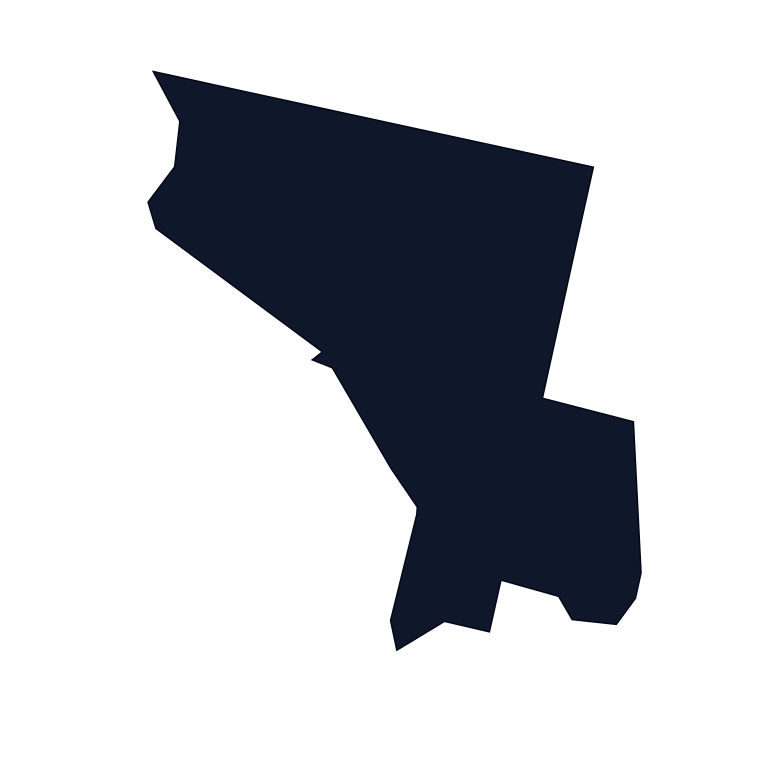 Dawson, Georgia, United States of America (Mercator projection), rotated 192°
{"feature_id": "52423323B59188916162072", "entity_name": "Dawson", "entity_type": "district", "adm_level": 2, "iso_a3": "USA", "parent_name": "United States of America", "parent_adm1": "Georgia", "projection": "mercator", "projection_center": [-84.168, 34.476], "detail": "fine", "context": "isolated", "style": "filled", "palette": "ink", "viewbox_px": 768, "rotation_deg": 192, "n_neighbors": 0, "source": "geoboundaries", "source_scale": "gbopen_adm2", "svg_char_len": 505}
<svg xmlns="http://www.w3.org/2000/svg" viewBox="0 0 768 768"><g transform="rotate(192 384 384)"><path d="M674.7,641.7L638.3,598.5L633.9,552.9L652.6,512.8L639.4,488.7L450.9,402.6L459.2,392.7L437.9,389.1L359.5,302.8L325.9,270.6L324.8,263.4L328.4,154.0L316.1,126.3L275.5,164.4L229.4,163.5L228.8,216.5L169.0,212.6L151.0,192.7L106.8,197.2L93.5,226.7L93.3,252.7L132.2,398.9L226.1,403.0L225.1,556.5L224.3,639.6L388.3,640.3L582.7,641.1L674.7,641.7Z" fill="#0f172a" stroke="#020617" stroke-width="1.5"/></g></svg>